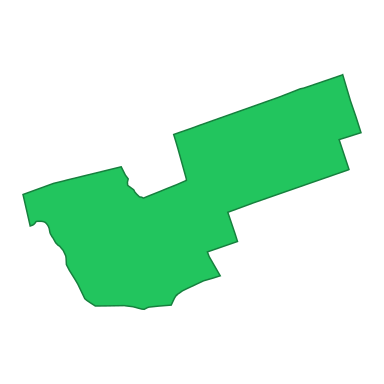 the district of Slobozia Mandra, Teleorman, Romania
{"feature_id": "2599482B21797470887303", "entity_name": "Slobozia Mandra", "entity_type": "district", "adm_level": 2, "iso_a3": "ROU", "parent_name": "Romania", "parent_adm1": "Teleorman", "projection": "orthographic", "projection_center": [24.681, 43.937], "detail": "fine", "context": "isolated", "style": "filled", "palette": "green", "viewbox_px": 384, "rotation_deg": 0, "n_neighbors": 0, "source": "geoboundaries", "source_scale": "gbopen_adm2", "svg_char_len": 1413}
<svg xmlns="http://www.w3.org/2000/svg" viewBox="0 0 384 384"><path d="M124.4,305.6L125.5,305.8L132.8,306.7L135.6,307.4L138.4,308.2L141.9,309.1L144.2,309.3L147.5,307.6L149.0,307.1L158.6,306.1L171.2,305.1L173.2,300.8L174.5,298.1L175.8,296.0L176.8,295.2L176.6,294.9L179.6,292.9L182.5,290.8L187.2,288.5L203.6,280.8L212.7,278.2L220.2,275.8L209.1,256.5L207.4,251.9L237.5,241.5L235.2,234.2L227.8,212.3L253.0,203.0L348.7,169.7L349.0,169.5L339.1,139.6L361.0,132.7L356.1,117.3L350.5,101.0L342.7,74.7L342.4,74.9L303.7,88.1L300.3,88.8L278.6,97.3L199.8,125.2L191.2,128.4L179.3,132.5L173.7,134.5L175.9,141.7L178.0,148.9L186.2,178.4L186.4,180.4L177.1,184.5L166.8,188.6L160.3,191.3L150.0,195.4L143.4,198.1L141.7,197.2L139.5,196.9L136.7,194.2L134.8,192.0L133.7,189.8L127.7,185.4L127.4,182.2L128.2,178.9L125.3,175.0L122.6,169.6L121.2,166.8L66.7,180.1L63.8,180.9L59.3,182.0L53.5,183.4L23.0,194.5L26.5,209.8L30.2,226.0L32.7,225.1L33.7,224.5L34.9,223.3L36.0,221.7L36.7,221.4L37.9,221.3L39.3,221.3L41.4,221.3L43.3,221.6L44.9,222.2L46.3,223.4L47.7,225.2L48.5,226.7L49.2,228.5L49.5,230.2L49.9,232.3L50.1,232.9L50.2,233.3L50.4,233.8L52.2,237.0L52.6,237.3L55.7,242.8L58.0,245.2L59.8,246.3L61.3,248.2L63.2,250.4L65.8,256.0L66.1,258.4L66.4,264.6L69.4,270.4L74.9,279.2L77.8,284.1L80.1,288.9L84.8,298.7L86.8,300.4L89.6,302.3L90.8,303.1L93.3,304.7L95.3,306.0L105.8,305.9L124.4,305.6Z" fill="#22c55e" stroke="#15803d" stroke-width="1.5"/></svg>